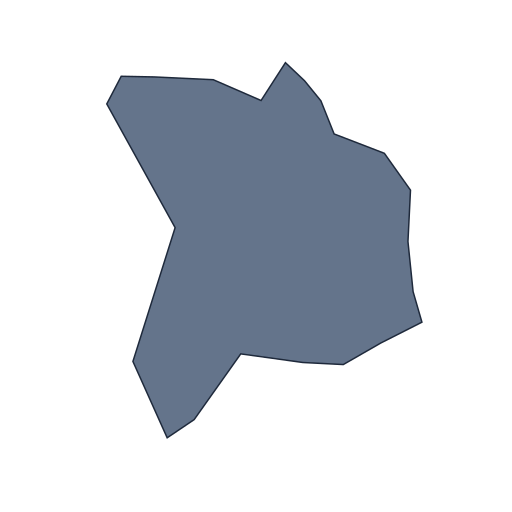 outline of Daugavpils, rotated 281°
{"feature_id": "LVA-4850", "entity_name": "Daugavpils", "entity_type": "Republican City", "adm_level": 1, "iso_a3": "LVA", "parent_name": "Latvia", "parent_adm1": "", "projection": "natural_earth1", "projection_center": [26.555, 55.894], "detail": "fine", "context": "isolated", "style": "filled", "palette": "slate", "viewbox_px": 512, "rotation_deg": 281, "n_neighbors": 0, "source": "natural_earth", "source_scale": "10m", "svg_char_len": 442}
<svg xmlns="http://www.w3.org/2000/svg" viewBox="0 0 512 512"><g transform="rotate(281 256 256)"><path d="M376.8,80.5L406.7,89.4L412.4,122.2L420.9,180.4L409.6,231.3L451.4,248.0L437.3,270.2L420.7,290.1L390.7,309.4L381.3,362.4L350.1,395.1L299.2,402.4L251.0,417.0L222.7,431.5L194.4,395.1L166.1,362.4L160.4,322.3L157.0,259.7L83.6,226.5L60.6,203.5L129.0,155.3L268.4,171.2L376.8,80.5Z" fill="#64748b" stroke="#1e293b" stroke-width="1.5"/></g></svg>